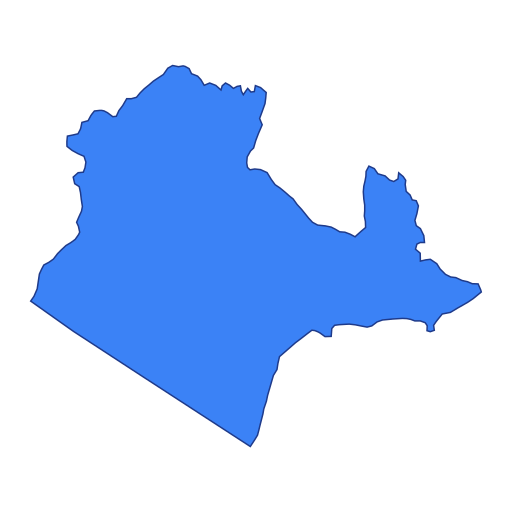 outline of Suna West, Nyanza, Kenya
{"feature_id": "3690345B37794826705018", "entity_name": "Suna West", "entity_type": "district", "adm_level": 2, "iso_a3": "KEN", "parent_name": "Kenya", "parent_adm1": "Nyanza", "projection": "natural_earth1", "projection_center": [34.385, -1.091], "detail": "fine", "context": "isolated", "style": "filled", "palette": "blue", "viewbox_px": 512, "rotation_deg": 0, "n_neighbors": 0, "source": "geoboundaries", "source_scale": "gbopen_adm2", "svg_char_len": 2925}
<svg xmlns="http://www.w3.org/2000/svg" viewBox="0 0 512 512"><path d="M478.1,283.9L472.2,283.7L467.5,281.7L462.1,280.5L455.8,277.6L450.7,277.0L445.5,274.4L440.1,269.0L436.8,263.7L430.3,259.3L425.6,259.9L420.4,261.1L420.2,253.2L415.5,249.2L416.9,244.1L420.2,242.5L424.5,242.5L423.8,235.6L420.4,228.6L416.3,225.7L414.9,220.4L416.9,213.6L418.4,205.9L416.2,200.7L412.2,199.9L410.1,195.0L406.2,191.4L405.2,184.5L405.7,180.3L403.2,176.6L398.7,172.8L398.0,178.9L393.8,181.5L389.6,180.1L385.1,175.9L377.9,173.8L374.3,168.6L368.9,166.1L366.1,171.4L365.9,176.3L365.0,181.1L363.8,186.2L363.3,191.8L363.8,198.9L364.7,205.1L364.7,211.0L364.3,216.0L365.4,221.5L365.6,227.5L361.1,231.3L360.0,232.3L356.2,235.7L355.1,236.8L350.2,234.2L344.9,232.2L339.7,231.8L335.3,229.2L331.2,227.1L325.4,225.9L317.7,225.1L312.5,222.3L308.6,218.1L305.0,213.6L301.6,209.4L297.1,204.5L293.1,198.9L289.6,196.2L285.2,192.3L280.0,188.0L275.1,184.7L271.3,179.5L267.1,172.6L260.5,169.6L254.7,169.0L250.0,169.8L247.5,167.4L246.7,162.9L247.2,156.9L250.5,151.0L253.6,148.0L255.7,140.7L258.4,133.6L262.2,124.8L259.6,118.5L262.0,112.0L265.0,103.6L265.7,98.3L266.2,92.5L260.6,87.6L255.4,85.6L254.3,91.6L250.9,92.0L247.7,88.4L245.4,91.6L243.3,94.7L241.4,91.2L240.4,85.8L237.1,86.4L233.4,88.4L229.6,85.2L225.5,83.0L222.2,85.8L221.0,90.0L215.8,85.4L209.7,83.0L204.2,85.3L200.9,79.7L197.6,76.1L191.5,73.7L189.1,68.6L185.1,66.4L183.1,65.9L178.5,66.7L172.6,65.5L167.8,68.2L163.4,74.5L158.2,77.9L153.4,81.1L148.9,85.0L144.2,88.8L140.2,92.8L136.5,97.3L131.3,98.7L126.7,98.7L122.7,105.6L118.9,110.6L116.3,116.3L114.3,116.5L112.8,116.7L107.5,112.7L104.0,110.9L101.6,110.4L99.8,110.4L97.1,110.7L94.4,111.0L91.9,114.1L90.8,115.7L88.1,120.7L81.9,122.4L80.8,127.9L80.3,129.4L78.0,133.8L73.3,134.9L67.4,136.1L66.9,141.3L66.9,144.6L67.0,146.4L72.1,150.4L77.9,153.6L84.0,156.3L85.9,162.1L85.0,167.8L83.3,172.2L78.1,172.7L73.2,177.1L74.7,183.7L79.2,186.6L80.5,192.6L81.3,199.5L82.4,206.5L81.5,211.2L78.7,217.3L76.6,222.3L78.4,226.2L79.7,232.2L78.5,234.7L75.2,239.4L70.7,242.7L66.0,245.5L61.4,249.8L57.6,253.6L53.4,259.1L48.9,262.3L43.8,265.0L41.5,269.4L39.4,274.0L38.4,280.7L37.2,288.9L34.0,296.3L30.7,301.1L73.5,331.4L144.9,378.0L250.3,446.5L254.7,439.8L257.5,435.2L258.9,429.9L259.9,425.7L262.9,414.0L263.8,408.9L266.4,401.2L267.6,395.4L273.4,375.4L277.0,369.5L277.9,363.5L279.5,356.6L295.5,342.7L302.5,337.4L307.0,333.9L311.9,330.2L314.9,330.6L318.3,332.0L320.2,333.1L325.0,336.6L331.2,336.4L331.8,328.5L334.6,325.3L339.0,324.7L345.5,324.3L349.3,324.1L352.6,324.5L355.3,324.8L361.7,326.1L367.1,327.1L371.8,325.9L377.1,321.9L382.5,320.0L392.8,319.0L399.2,318.6L402.5,318.4L406.9,318.6L410.8,319.4L414.8,320.9L420.2,320.9L425.2,322.7L427.2,325.7L427.0,330.7L430.3,331.7L434.3,330.3L433.6,325.3L436.2,321.5L442.2,314.0L450.4,312.4L457.5,308.1L462.8,305.1L468.0,302.1L473.2,298.6L477.6,295.0L481.3,292.0L480.7,289.9L478.1,283.9Z" fill="#3b82f6" stroke="#1e3a8a" stroke-width="1.5"/></svg>